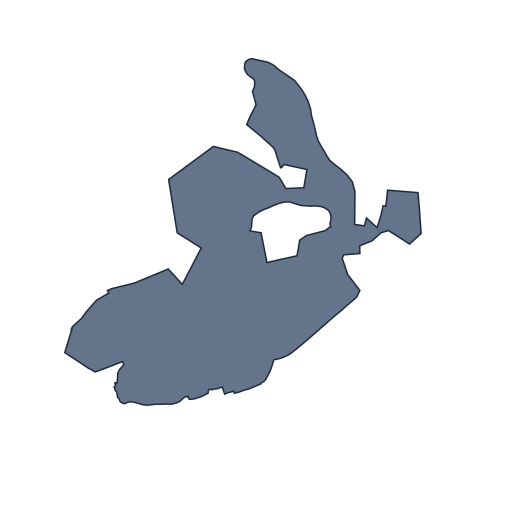 outline of Staicele, Alojas, Latvia, rotated 291°
{"feature_id": "27541924B49532030133644", "entity_name": "Staicele", "entity_type": "district", "adm_level": 2, "iso_a3": "LVA", "parent_name": "Latvia", "parent_adm1": "Alojas", "projection": "albers", "projection_center": [24.758, 57.834], "detail": "fine", "context": "isolated", "style": "filled", "palette": "slate", "viewbox_px": 512, "rotation_deg": 291, "n_neighbors": 0, "source": "geoboundaries", "source_scale": "gbopen_adm2", "svg_char_len": 3740}
<svg xmlns="http://www.w3.org/2000/svg" viewBox="0 0 512 512"><g transform="rotate(291 256 256)"><path d="M288.6,337.6L295.5,352.1L301.7,349.6L302.6,349.0L311.7,358.9L322.4,364.3L324.8,367.4L327.2,370.5L325.2,380.6L323.1,390.7L322.2,395.1L336.2,402.1L359.9,391.0L360.1,391.0L361.0,390.5L361.9,390.0L369.4,386.4L373.2,384.5L365.3,357.6L365.0,356.5L364.6,355.3L356.9,357.3L349.1,359.3L348.8,358.0L348.4,356.7L344.6,357.2L340.7,357.8L339.6,358.0L338.4,358.1L332.0,358.5L325.9,358.8L331.1,345.5L323.0,346.4L320.8,336.8L351.6,325.3L359.7,319.5L364.2,312.2L367.3,304.3L370.7,293.3L371.8,290.5L374.8,286.3L377.3,283.4L382.4,276.8L385.5,273.2L389.7,269.6L398.4,263.8L407.6,257.1L412.8,254.3L416.7,251.2L419.1,249.2L423.8,244.2L427.6,239.3L433.7,229.2L437.9,211.5L438.8,208.4L440.0,205.4L440.7,202.4L441.2,197.8L438.8,181.8L438.1,180.3L436.8,178.7L435.7,177.9L433.2,176.6L431.2,176.8L430.3,177.0L427.5,177.8L425.6,178.9L424.1,180.7L423.3,181.7L422.3,183.2L420.4,190.0L419.6,191.2L419.1,191.8L417.7,192.6L413.1,194.0L412.6,193.9L411.1,193.9L408.4,193.7L397.2,201.9L384.0,200.5L378.6,200.3L376.4,200.3L375.3,200.2L369.8,216.9L363.5,233.2L361.7,235.6L347.2,247.3L348.0,248.3L349.1,248.6L351.4,249.2L355.0,272.5L336.8,276.2L329.7,259.7L336.5,251.2L336.9,250.7L337.9,249.0L338.0,248.7L341.7,228.1L346.3,201.6L343.9,184.0L343.1,177.0L296.1,147.0L283.2,154.5L282.7,154.8L249.4,174.1L245.7,192.8L245.5,193.6L244.7,197.8L243.8,202.0L234.2,200.9L224.6,199.8L217.5,199.0L210.4,198.2L203.1,197.3L206.4,190.8L206.9,189.9L212.4,178.7L193.7,159.0L192.9,158.2L187.7,152.7L186.2,150.8L184.9,148.9L173.8,133.0L170.5,129.6L168.7,131.9L164.5,128.5L157.5,122.9L142.6,117.4L135.5,115.6L129.8,112.8L124.1,109.9L122.7,109.9L121.3,109.9L121.4,110.1L121.5,110.4L109.4,111.2L97.3,112.1L97.2,112.6L91.1,140.1L91.1,142.1L90.0,147.3L96.6,154.8L102.6,161.6L103.4,162.3L109.6,169.3L108.5,170.4L107.4,171.5L104.1,170.4L100.8,169.2L97.1,168.9L91.0,170.9L87.7,171.8L87.1,169.7L84.6,171.3L82.8,170.5L81.3,171.8L80.0,172.9L79.0,174.8L76.6,176.2L75.7,176.7L74.4,177.4L73.7,179.3L71.5,181.2L71.0,183.0L70.8,183.6L71.1,186.4L73.5,188.7L74.9,191.0L75.7,193.7L76.1,197.2L76.6,203.7L77.5,207.0L78.7,209.8L80.1,212.4L82.2,216.8L83.6,220.5L85.2,224.2L87.2,229.8L88.3,231.7L91.0,235.3L93.0,236.9L97.9,239.5L99.7,240.6L99.5,241.5L99.6,242.0L100.2,242.5L100.7,242.8L98.2,245.1L98.5,245.7L100.5,249.6L104.6,254.8L110.9,260.5L112.5,259.8L114.4,260.1L115.2,260.7L115.4,261.5L115.3,262.6L115.4,263.0L115.6,263.4L116.7,264.0L117.0,264.8L117.5,266.3L118.9,268.1L119.1,268.7L121.7,271.3L115.8,276.3L117.9,278.4L119.1,279.9L121.8,283.8L120.0,284.9L121.0,286.3L121.9,287.6L123.6,289.8L125.4,291.9L126.5,293.1L127.6,294.4L128.3,295.8L138.2,306.3L138.4,306.1L138.6,305.9L139.5,306.6L140.4,307.3L141.4,308.0L142.4,308.7L143.9,309.1L145.4,309.5L149.1,309.9L152.7,310.4L154.4,310.4L156.1,310.4L160.8,310.2L165.5,309.9L167.0,312.1L168.3,314.3L169.2,315.3L170.2,316.7L172.6,319.2L174.6,321.1L176.8,322.8L179.5,324.6L182.3,326.3L184.9,327.8L191.5,331.4L197.4,334.7L198.0,335.0L227.4,350.5L232.6,353.4L233.7,354.1L252.9,364.3L253.4,364.6L253.9,364.8L261.1,365.3L271.5,348.3L284.9,337.2L288.6,337.6ZM282.4,291.9L278.8,292.7L270.9,294.2L268.4,290.4L267.7,289.4L264.1,283.9L262.3,281.1L262.0,280.7L253.8,268.6L279.5,252.4L278.4,246.8L277.3,241.2L281.2,241.5L289.0,239.1L292.6,239.3L298.1,243.0L302.4,246.9L304.8,249.7L308.3,253.2L312.9,258.0L315.9,262.2L317.5,265.3L318.5,268.1L319.3,280.0L321.9,288.5L324.1,293.5L325.4,298.7L325.6,301.8L325.2,304.8L324.6,307.0L323.5,308.8L321.5,310.7L319.0,312.2L318.2,312.5L315.3,313.1L313.2,313.3L310.5,314.7L309.6,315.2L309.2,314.3L305.9,312.3L304.5,311.5L295.4,298.8L293.3,295.9L286.5,291.1L285.7,291.3L282.4,291.9Z" fill="#64748b" stroke="#1e293b" stroke-width="1.5"/></g></svg>